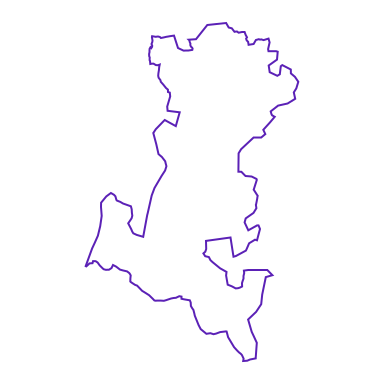 Kankia, Katsina, Nigeria (Equal Earth projection)
{"feature_id": "59680162B50176982462081", "entity_name": "Kankia", "entity_type": "district", "adm_level": 2, "iso_a3": "NGA", "parent_name": "Nigeria", "parent_adm1": "Katsina", "projection": "equal_earth", "projection_center": [7.787, 12.43], "detail": "fine", "context": "isolated", "style": "outline", "palette": "violet", "viewbox_px": 384, "rotation_deg": 0, "n_neighbors": 0, "source": "geoboundaries", "source_scale": "gbopen_adm2", "svg_char_len": 3944}
<svg xmlns="http://www.w3.org/2000/svg" viewBox="0 0 384 384"><path d="M247.3,360.7L250.0,359.5L255.7,358.4L255.7,358.0L256.8,342.8L254.0,336.7L251.7,331.8L248.1,319.5L256.1,311.9L261.2,304.2L262.2,294.6L265.8,277.1L272.4,275.2L267.3,270.0L248.2,270.0L243.9,270.6L244.2,273.1L243.5,276.0L243.5,278.6L242.6,281.1L242.0,283.1L242.1,286.5L239.9,287.6L238.0,288.2L235.7,288.4L232.2,286.5L230.6,285.8L227.7,284.7L226.1,275.5L226.5,271.9L220.1,268.3L212.4,262.0L212.1,261.7L210.4,260.1L208.9,257.1L208.2,256.9L205.2,256.2L203.4,253.4L205.3,251.7L206.2,249.0L206.0,240.9L230.5,237.5L233.5,256.7L236.0,256.0L236.1,255.9L236.3,255.8L245.9,250.6L246.8,248.7L249.1,243.3L255.0,239.7L257.0,240.3L260.0,229.0L258.6,225.6L258.5,225.4L257.1,225.4L248.3,230.3L244.6,222.4L245.1,220.6L245.7,218.4L249.1,216.0L253.4,213.0L253.5,212.9L256.4,208.2L255.9,204.9L256.0,204.8L256.7,201.3L257.3,198.1L257.4,197.1L257.7,195.8L257.0,194.8L253.8,189.8L253.7,189.7L256.8,179.9L256.5,179.1L256.4,179.0L256.4,178.9L251.8,176.6L251.5,176.5L245.5,176.0L244.1,174.6L241.4,171.8L238.4,171.7L238.6,153.3L241.1,149.2L253.6,137.5L261.2,137.5L265.3,134.1L263.3,129.8L270.0,122.4L274.7,116.8L273.6,116.2L273.0,115.8L272.8,115.7L272.1,115.3L271.5,114.2L271.3,113.6L270.7,111.4L278.1,105.6L287.6,103.5L295.2,98.8L293.8,92.4L296.3,88.4L298.3,81.8L294.9,76.8L290.9,73.4L290.8,69.5L282.3,65.1L280.8,66.2L279.8,74.3L277.3,75.8L269.7,72.2L268.7,65.5L277.0,59.6L277.7,51.7L276.1,51.2L268.5,51.2L268.1,49.1L269.6,42.4L268.5,38.6L263.6,40.1L261.3,39.4L260.0,39.6L258.8,39.2L255.9,40.0L253.6,44.0L248.6,44.8L248.1,41.8L246.7,40.4L246.1,38.7L247.0,37.3L245.7,35.0L244.6,32.0L242.0,32.0L239.1,32.6L238.7,32.7L237.6,32.0L237.4,31.7L236.9,31.5L235.5,31.6L234.5,31.8L231.8,28.3L228.7,27.5L226.1,23.0L207.3,25.0L196.0,39.2L188.7,39.7L189.4,40.4L189.6,41.5L189.9,42.5L190.4,43.5L190.3,45.0L190.6,45.9L191.2,46.9L192.1,47.6L192.6,48.6L192.3,49.9L188.5,50.5L183.5,50.6L178.0,48.0L174.0,35.6L169.9,36.2L168.3,36.5L166.4,36.8L163.4,37.5L160.9,38.0L159.9,37.0L158.0,36.5L155.7,36.8L152.1,36.2L151.9,37.1L152.1,38.2L152.5,40.5L152.3,42.0L151.5,44.0L152.2,45.6L152.1,46.8L151.3,48.1L150.5,47.2L149.6,48.8L149.5,50.3L149.5,52.1L149.1,54.0L149.2,56.2L149.7,57.4L149.6,60.1L150.0,61.0L150.3,64.0L151.8,63.7L153.6,63.7L155.9,65.1L158.0,65.2L159.7,64.6L159.2,67.0L158.9,70.3L158.4,73.3L158.2,75.8L158.6,77.7L160.4,80.1L160.8,81.8L163.3,84.6L166.0,88.0L167.9,89.6L168.0,92.0L169.8,92.6L170.2,96.4L167.2,106.6L167.6,110.8L179.7,112.3L175.8,126.1L164.7,120.0L155.8,129.2L153.3,133.0L156.3,144.3L158.5,154.1L161.9,157.0L165.2,161.3L165.7,163.5L166.2,165.3L166.4,166.2L166.4,166.3L165.1,170.5L161.6,175.9L154.5,188.0L151.7,195.5L147.7,213.2L147.2,215.1L143.2,236.8L136.7,234.9L133.3,233.3L132.2,231.5L131.3,229.3L128.2,223.3L130.0,220.7L131.0,219.2L131.6,218.3L132.3,215.7L131.9,212.8L131.7,209.3L130.9,206.3L123.0,203.5L120.3,201.9L117.0,200.6L116.4,199.9L115.4,196.3L114.0,194.8L110.9,193.0L106.3,196.4L101.1,202.7L101.0,206.9L101.7,215.9L100.2,226.2L97.9,235.7L94.8,242.7L92.1,248.5L85.7,266.1L86.3,266.4L88.7,264.2L89.4,263.4L92.5,263.2L93.1,261.1L95.6,261.2L96.0,261.4L97.6,262.5L99.7,265.4L102.3,268.0L103.6,269.2L105.8,269.8L109.0,269.7L111.5,268.1L113.0,265.0L116.1,266.6L120.0,269.6L123.2,270.5L123.7,270.6L127.1,271.4L129.3,273.1L130.0,274.1L130.7,275.4L130.4,278.2L130.3,281.5L130.9,282.1L132.5,283.2L135.1,284.9L137.1,285.6L142.2,290.9L143.4,291.6L145.8,293.1L149.1,295.2L153.0,299.0L154.3,300.4L155.3,300.7L157.3,300.6L160.8,300.6L163.9,300.8L166.0,300.2L171.1,298.5L173.6,298.0L175.9,297.8L179.3,296.2L181.5,296.6L181.5,298.8L184.5,299.4L189.8,300.3L190.7,302.5L190.9,306.0L192.3,308.4L193.4,309.9L194.3,313.4L194.8,315.7L198.6,325.1L200.7,329.1L206.4,333.8L210.4,333.2L213.5,334.2L216.1,333.6L220.1,332.1L225.9,331.4L226.6,331.5L228.1,337.2L234.1,347.2L237.1,350.5L239.0,352.4L240.8,353.8L241.9,355.0L243.6,358.6L243.2,361.0L244.8,360.9L247.3,360.7Z" fill="none" stroke="#5b21b6" stroke-width="2"/></svg>